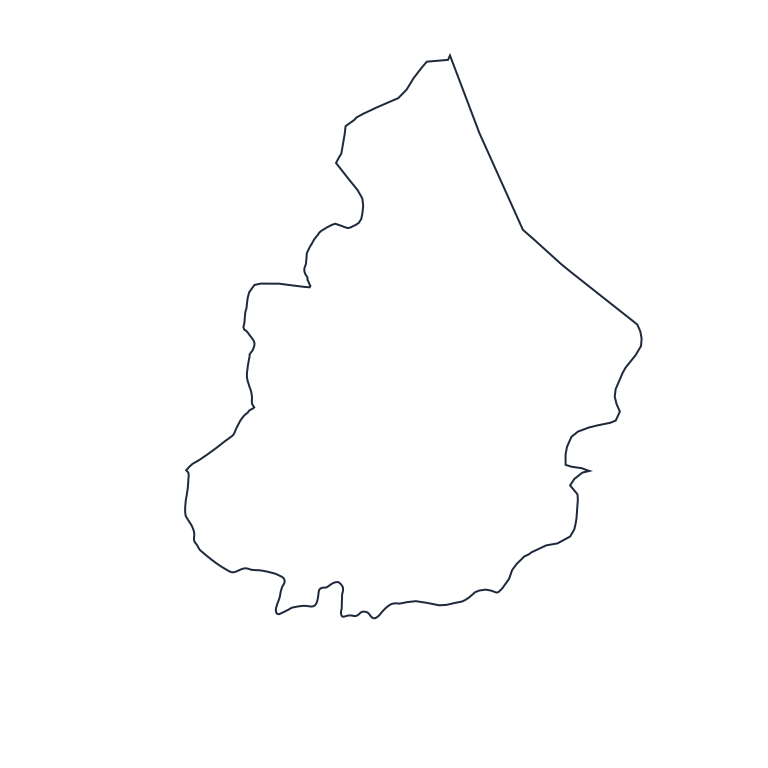 the district of Lhamoizingkha, Geylegphug, Bhutan, rotated 234°
{"feature_id": "84629894B38821780913292", "entity_name": "Lhamoizingkha", "entity_type": "district", "adm_level": 2, "iso_a3": "BTN", "parent_name": "Bhutan", "parent_adm1": "Geylegphug", "projection": "robinson", "projection_center": [89.795, 26.759], "detail": "fine", "context": "isolated", "style": "outline", "palette": "slate", "viewbox_px": 768, "rotation_deg": 234, "n_neighbors": 0, "source": "geoboundaries", "source_scale": "gbopen_adm2", "svg_char_len": 6166}
<svg xmlns="http://www.w3.org/2000/svg" viewBox="0 0 768 768"><g transform="rotate(234 384 384)"><path d="M148.4,354.5L149.1,359.4L152.8,370.6L158.1,378.2L160.4,385.4L161.4,392.1L162.0,395.9L161.0,401.5L161.2,404.1L158.1,420.4L153.1,430.6L151.2,444.9L154.6,452.6L157.9,456.4L162.1,460.7L169.1,466.6L176.8,473.1L181.1,475.7L192.5,474.9L195.3,482.0L195.7,492.4L193.0,499.0L195.0,497.5L199.7,494.5L206.6,487.3L211.8,483.4L220.1,489.3L225.6,495.1L231.1,504.6L231.5,512.9L228.4,524.1L225.2,532.0L219.7,544.1L218.2,549.9L223.0,558.6L231.2,560.4L238.1,563.2L243.7,568.4L252.6,583.4L255.2,588.9L259.4,604.3L263.6,614.2L269.3,619.1L276.0,622.3L283.2,623.9L364.7,601.0L377.3,597.7L412.6,590.3L427.1,587.0L531.1,608.7L611.0,630.5L608.6,626.3L619.6,608.1L617.8,600.5L614.1,587.9L608.9,575.4L606.9,563.6L609.5,552.1L612.2,539.8L614.8,526.2L615.8,518.5L615.1,515.3L615.2,504.5L609.1,498.9L598.5,488.0L595.5,484.9L593.5,480.1L591.0,475.1L572.0,475.8L556.5,476.6L546.8,475.5L540.4,471.9L535.0,467.1L530.8,462.5L529.2,458.3L529.3,454.7L530.0,451.2L530.3,448.9L531.4,446.4L534.3,444.2L537.6,442.1L538.6,441.3L542.3,438.8L543.3,435.7L544.3,429.6L544.4,427.3L544.7,424.4L544.7,422.0L544.4,420.5L543.9,419.0L543.4,417.7L543.1,416.1L542.4,413.8L542.0,412.3L541.3,411.1L540.7,409.6L540.0,408.2L539.4,406.7L538.8,405.3L538.1,403.9L537.4,402.5L536.7,401.1L535.9,399.8L535.2,398.4L533.9,397.4L532.8,396.4L531.6,395.4L530.4,394.4L529.3,393.4L528.1,392.4L527.0,391.4L526.1,390.1L525.3,388.8L524.2,387.4L523.0,386.5L521.7,385.7L520.3,385.3L518.8,384.9L517.3,384.8L515.8,384.8L514.4,384.3L513.3,383.3L511.8,383.1L510.3,382.9L508.9,382.4L506.6,382.1L505.9,380.7L507.5,378.9L508.5,377.6L518.2,367.2L527.1,357.8L531.7,351.4L537.6,343.4L540.3,337.4L537.5,328.9L536.6,327.8L535.5,326.4L534.4,325.1L533.3,323.9L532.1,322.7L530.8,321.5L529.6,320.4L528.4,319.3L527.1,318.2L525.9,317.0L524.9,315.6L523.8,314.3L522.6,313.1L521.3,312.0L520.1,310.9L518.8,309.8L517.5,308.7L516.2,307.6L515.0,306.4L513.8,305.0L512.7,303.7L510.0,302.9L508.3,303.7L506.0,304.0L502.6,304.0L498.8,304.1L496.0,304.1L493.3,303.3L491.3,301.7L488.7,298.1L487.0,292.7L485.7,291.8L484.5,290.6L483.4,289.3L482.2,288.1L481.0,286.9L479.9,285.7L478.7,284.5L477.4,283.3L476.2,282.2L475.0,281.0L473.7,279.8L472.4,278.8L471.1,277.8L469.7,276.9L468.2,276.2L466.7,275.5L465.1,275.0L463.5,274.5L462.0,273.9L460.4,273.4L458.8,273.0L457.2,272.5L455.7,271.9L454.1,271.2L452.6,270.4L451.2,269.6L449.8,268.7L448.6,267.6L447.1,266.5L445.9,265.8L444.4,265.4L442.7,265.4L441.3,265.2L441.3,262.5L441.7,260.8L441.7,259.2L441.0,257.1L440.8,255.0L440.9,253.6L440.6,252.1L440.2,250.4L439.7,248.7L439.1,247.1L438.5,245.5L437.7,244.0L437.0,242.5L436.2,240.9L435.4,239.4L434.6,237.9L433.7,236.4L432.7,234.9L431.9,233.4L431.4,231.8L431.2,230.2L431.2,228.4L431.2,226.7L431.2,224.9L431.2,223.2L431.1,218.0L431.0,216.3L430.9,212.8L430.8,209.3L430.8,205.9L430.8,204.2L430.8,202.4L430.8,199.0L430.9,197.2L430.9,195.5L431.0,193.8L431.0,192.1L431.1,190.3L431.2,188.6L431.4,186.9L431.6,185.2L431.8,183.5L431.9,181.7L431.7,180.0L431.5,178.3L431.2,176.6L430.8,174.9L430.5,173.2L428.9,173.5L427.3,173.6L425.8,172.9L424.4,171.9L423.1,170.8L421.9,169.7L420.6,168.7L419.3,167.6L418.0,166.5L416.7,165.4L415.4,164.3L414.2,163.2L413.0,162.0L411.8,160.8L410.6,159.6L409.4,158.4L408.3,157.2L407.1,156.0L405.9,154.8L404.6,153.7L403.3,152.6L402.1,151.5L400.8,150.4L399.4,149.4L398.1,148.4L396.7,147.5L395.2,146.7L393.7,146.0L392.1,145.8L390.4,145.7L388.8,145.5L387.1,145.5L385.5,145.4L383.8,145.3L382.2,145.1L380.6,144.8L379.0,144.4L377.4,143.9L375.9,143.3L374.4,142.5L373.0,141.5L371.8,140.4L370.5,139.3L369.1,138.4L367.5,138.0L365.9,138.0L364.2,138.1L362.6,138.0L361.0,137.7L359.3,137.5L357.7,137.5L356.1,137.9L354.5,138.3L352.9,138.7L351.3,139.1L349.7,139.5L348.0,139.9L346.5,140.4L344.8,140.8L343.3,141.2L341.7,141.7L340.1,142.2L338.5,142.7L336.9,143.2L335.4,143.8L333.8,144.3L332.3,144.9L330.7,145.5L329.2,146.2L327.7,146.8L326.2,147.5L324.6,148.2L323.1,148.9L321.7,149.8L320.5,151.0L319.7,152.5L319.2,154.1L318.8,155.8L318.5,157.5L318.1,159.2L317.7,160.8L317.0,162.4L316.1,163.9L314.9,165.1L313.6,166.1L312.2,167.1L311.0,168.2L309.9,169.5L308.8,170.8L307.8,172.1L306.7,173.5L305.6,174.7L304.4,175.9L303.2,177.1L301.9,178.2L300.7,179.4L299.4,180.5L298.1,181.5L296.8,182.6L295.5,183.7L294.2,184.7L292.8,185.5L291.3,186.3L289.8,187.1L288.4,187.9L286.8,188.5L285.2,188.6L283.6,188.1L282.2,187.2L281.2,185.8L280.5,184.2L279.8,182.7L278.9,181.2L277.9,179.9L276.8,178.5L275.7,177.3L274.5,176.1L273.3,174.9L272.3,173.6L271.3,172.2L270.3,170.7L269.4,169.3L268.4,167.9L267.4,166.6L266.4,165.2L265.2,164.0L263.8,163.1L262.3,162.4L260.7,162.6L259.5,163.7L259.1,165.3L258.8,167.1L258.2,170.5L257.9,172.2L257.6,173.9L257.5,175.6L257.3,177.3L256.8,179.0L256.1,180.5L255.3,182.1L254.6,183.6L253.8,185.1L253.0,186.6L252.1,188.1L251.1,189.5L250.1,190.8L248.9,192.0L247.7,193.2L246.6,194.5L245.8,196.0L245.5,197.7L245.9,199.4L246.6,200.9L247.6,202.3L248.7,203.6L249.8,204.9L251.0,206.0L252.3,207.2L253.5,208.3L254.7,209.5L255.7,210.9L255.9,212.6L255.5,214.2L254.6,215.7L253.6,217.0L253.2,218.3L253.1,220.1L253.1,221.8L253.1,223.5L252.9,225.2L252.6,226.9L252.0,228.5L250.8,230.4L249.3,231.1L247.7,231.4L246.0,231.5L244.4,231.4L242.8,230.8L241.5,229.8L240.2,228.7L239.2,227.3L238.0,226.1L236.7,225.1L235.3,224.1L234.0,223.1L232.7,222.0L231.4,221.0L230.1,220.0L228.7,219.0L227.4,217.9L226.2,216.7L225.1,215.4L223.8,214.4L222.2,213.7L220.6,213.5L219.4,214.5L218.8,216.2L218.2,217.8L217.5,219.4L216.5,220.8L215.4,222.1L214.1,223.2L213.0,224.5L212.5,226.1L212.4,227.8L212.6,229.5L212.8,231.2L212.4,232.9L211.4,234.3L210.2,235.5L208.8,236.4L207.1,236.7L205.5,236.8L203.8,236.8L202.2,237.0L200.7,237.8L199.7,239.2L199.5,240.9L199.5,242.6L199.7,244.3L200.1,246.0L200.6,247.7L201.0,249.4L201.3,251.0L201.6,252.7L201.8,254.5L201.9,256.2L201.9,257.9L201.8,259.7L201.4,261.3L200.7,262.9L199.8,264.4L198.8,265.7L197.6,266.9L196.8,268.4L196.0,270.0L195.3,271.5L194.6,273.1L193.9,274.6L189.6,282.1L181.5,290.3L172.5,298.6L168.6,304.7L165.4,312.2L162.2,319.2L161.5,322.8L161.3,327.3L162.0,335.4L160.9,339.7L157.9,345.4L153.9,349.2L149.1,352.4L148.4,354.5Z" fill="none" stroke="#1e293b" stroke-width="2"/></g></svg>